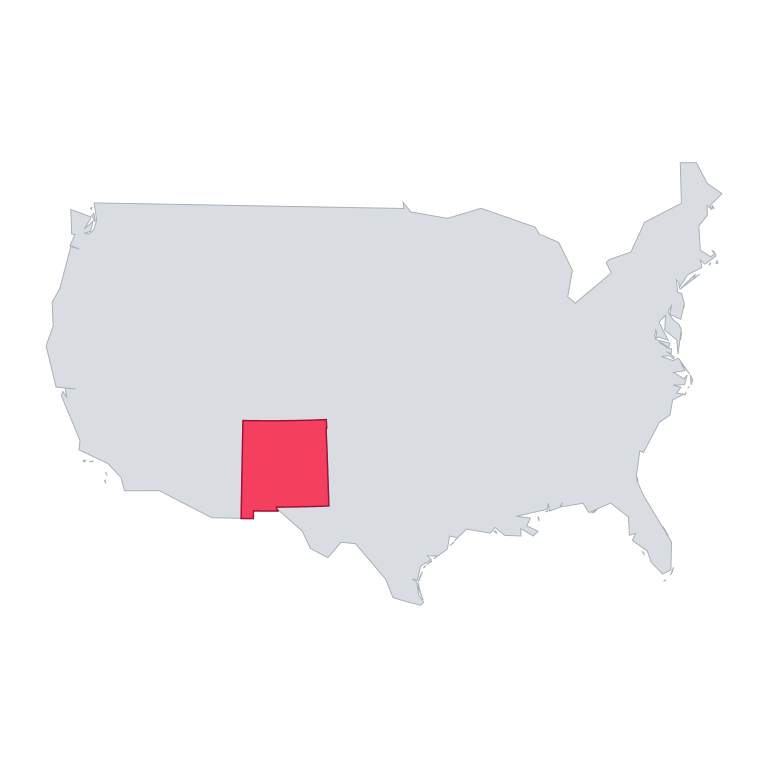 New Mexico highlighted on a map of United States of America
{"feature_id": "USA-3524", "entity_name": "New Mexico", "entity_type": "State", "adm_level": 1, "iso_a3": "USA", "parent_name": "United States of America", "parent_adm1": "", "projection": "orthographic", "projection_center": [-107.139, 34.164], "detail": "fine", "context": "in_parent", "style": "filled", "palette": "rose", "viewbox_px": 768, "rotation_deg": 0, "n_neighbors": 0, "source": "natural_earth", "source_scale": "10m", "svg_char_len": 6803}
<svg xmlns="http://www.w3.org/2000/svg" viewBox="0 0 768 768"><path d="M644.6,222.3L681.4,203.3L680.3,162.8L696.4,162.7L707.2,183.4L721.9,193.7L710.5,205.1L711.6,209.3L707.0,205.4L707.4,215.3L698.8,225.9L700.3,250.3L710.7,256.7L714.6,253.8L711.7,250.3L713.9,251.6L716.1,255.9L704.8,264.2L700.4,260.2L701.8,267.4L687.5,274.8L679.3,287.7L678.7,282.3L676.4,279.6L677.6,292.4L681.6,293.3L684.2,303.6L680.8,319.3L669.7,314.2L671.9,304.4L668.1,312.0L673.5,320.2L678.7,324.1L681.3,329.6L678.0,354.1L676.8,339.8L664.7,330.2L665.6,315.2L659.0,321.9L668.1,340.3L658.5,337.0L656.0,338.5L656.5,331.6L655.7,329.9L654.6,335.5L655.8,339.6L670.1,343.2L668.6,347.6L661.1,342.5L658.7,342.0L668.0,348.0L671.4,348.7L671.2,354.1L666.4,351.5L674.4,357.1L673.3,358.6L669.4,355.7L661.5,356.3L672.8,360.5L678.5,358.3L689.9,374.3L680.5,362.2L684.9,370.7L673.4,372.4L684.0,378.7L687.1,374.9L684.6,384.6L673.2,385.2L680.9,387.3L676.5,393.2L684.0,394.1L672.6,399.9L670.0,415.0L659.5,422.1L643.4,452.6L639.8,450.7L636.4,475.2L636.9,480.9L644.3,496.8L671.5,542.1L670.9,570.0L662.5,574.0L651.2,562.2L647.3,550.9L632.3,540.5L635.4,533.3L629.4,535.2L628.5,517.0L610.6,503.1L588.9,512.5L583.0,503.2L560.6,507.0L562.7,502.5L559.4,507.3L549.6,511.1L548.2,503.3L547.4,509.2L516.4,516.3L530.3,518.0L526.8,526.0L538.0,531.3L533.4,536.0L520.8,528.5L521.0,536.0L505.0,535.4L495.0,527.5L490.3,533.1L466.5,529.1L454.2,541.0L457.3,537.7L449.7,536.0L447.3,549.1L433.8,558.8L436.9,556.0L427.5,555.7L431.1,559.7L420.6,566.1L417.4,580.5L412.3,578.8L416.8,582.1L418.6,594.9L423.7,602.2L420.6,605.3L393.1,597.8L385.8,579.4L355.5,543.6L341.0,542.3L327.9,557.7L310.4,548.4L302.3,531.2L279.5,511.1L253.5,510.9L253.4,518.6L211.7,517.7L159.3,490.7L124.5,490.8L120.9,477.2L107.6,463.3L79.0,449.9L80.0,440.6L61.4,395.7L62.8,391.4L66.9,397.6L65.1,388.1L75.6,388.9L56.1,387.1L46.1,345.8L53.2,326.0L52.1,302.3L59.9,288.3L70.8,246.5L79.3,249.1L70.0,245.4L75.1,234.5L71.7,234.1L70.8,209.5L91.2,217.0L84.6,228.8L93.2,221.0L90.6,231.3L85.0,233.1L88.5,234.1L93.4,230.4L96.7,220.0L94.1,202.9L404.0,208.5L403.1,202.3L410.7,211.9L447.4,218.4L481.0,208.3L535.2,227.2L539.3,234.2L558.7,242.4L572.4,270.3L567.7,296.8L575.3,303.1L611.3,273.0L606.2,262.7L609.1,259.7L630.9,252.0L644.6,222.3ZM693.9,277.9L699.8,274.1L679.5,289.7L695.3,274.2L693.9,277.9ZM93.7,213.2L95.3,220.2L94.9,221.2L91.9,215.6L93.7,213.2ZM423.1,600.1L418.7,589.1L418.4,582.7L419.5,589.4L423.1,600.1ZM712.3,205.2L713.8,208.5L712.5,208.2L712.3,205.2ZM495.7,530.8L496.7,533.3L493.9,531.6L495.7,530.8ZM89.2,461.9L92.8,460.9L93.0,461.3L89.2,461.9ZM85.7,460.4L84.1,462.1L83.1,460.3L85.7,460.4ZM710.7,262.3L709.9,265.1L709.2,264.8L710.7,262.3ZM420.0,576.6L418.4,581.9L422.5,571.5L420.0,576.6ZM663.3,527.0L668.5,535.9L662.5,526.2L663.3,527.0ZM105.9,472.5L107.1,475.4L105.6,472.7L105.9,472.5ZM672.7,571.1L670.5,575.0L673.7,567.2L672.7,571.1ZM692.7,380.1L691.1,384.8L690.5,375.0L692.7,380.1ZM91.9,207.4L91.5,209.3L90.5,208.2L91.9,207.4ZM431.4,561.7L426.5,564.5L431.5,560.9L431.4,561.7ZM717.1,260.7L718.0,263.2L715.9,263.3L717.1,260.7ZM105.0,480.1L105.8,483.5L104.5,480.4L105.0,480.1ZM425.4,566.6L423.4,568.1L425.1,565.9L425.4,566.6ZM681.6,334.0L680.5,340.0L681.4,332.0L681.6,334.0ZM452.9,543.4L449.7,545.8L454.1,541.8L452.9,543.4ZM637.6,477.7L637.9,481.9L637.0,479.1L637.6,477.7ZM685.2,394.4L684.5,395.5L686.3,391.6L685.2,394.4ZM596.8,509.8L593.5,512.8L591.9,512.7L596.8,509.8ZM548.0,510.7L547.4,511.5L545.2,511.8L548.0,510.7ZM643.3,552.3L644.4,555.1L642.5,551.9L643.3,552.3ZM539.0,518.3L538.8,521.1L537.9,516.4L539.0,518.3ZM665.5,580.4L663.5,581.2L666.2,579.6L665.5,580.4ZM684.2,305.6L683.8,308.5L684.1,304.4L684.2,305.6ZM689.3,386.3L688.4,387.6L688.1,387.6L689.3,386.3Z" fill="#d9dde1" stroke="#a8b0b8" stroke-width="1"/><path d="M254.6,510.9L254.2,510.9L253.8,510.9L253.5,510.9L253.5,511.0L253.5,511.4L253.5,511.5L253.5,511.9L253.5,512.0L253.5,512.3L253.5,512.5L253.5,512.8L253.4,513.1L253.4,513.3L253.4,513.6L253.4,513.8L253.4,514.0L253.4,514.3L253.4,514.5L253.4,514.8L253.4,515.0L253.4,515.3L253.4,515.5L253.4,515.9L253.4,516.0L253.4,516.3L253.4,516.5L253.4,516.8L253.4,517.0L253.4,517.3L253.4,517.6L253.4,517.8L253.4,518.0L253.4,518.3L253.4,518.5L252.8,518.6L252.1,518.6L251.5,518.6L250.9,518.6L250.2,518.6L249.6,518.6L249.0,518.6L248.4,518.6L247.7,518.6L247.1,518.6L246.5,518.6L245.8,518.6L245.2,518.5L244.6,518.5L243.9,518.5L243.3,518.5L242.7,518.5L242.3,518.5L242.1,518.5L241.4,518.5L241.1,518.5L241.1,518.4L241.2,515.3L241.2,512.3L241.3,509.2L241.3,506.2L241.4,503.1L241.4,500.0L241.5,497.0L241.6,493.9L241.6,490.9L241.7,487.8L241.7,484.8L241.8,481.7L241.8,478.6L241.9,475.6L241.9,472.5L242.0,469.5L242.1,466.4L242.1,463.3L242.2,460.3L242.2,457.2L242.3,454.2L242.4,451.1L242.4,448.1L242.5,445.0L242.5,441.9L242.6,438.9L242.7,435.8L242.7,432.8L242.8,429.7L242.8,426.7L242.9,423.6L243.0,420.5L245.6,420.6L248.2,420.6L250.8,420.7L253.4,420.7L256.0,420.7L258.6,420.7L261.2,420.8L263.8,420.8L266.4,420.8L269.0,420.8L271.6,420.8L274.2,420.8L276.8,420.8L279.4,420.8L282.1,420.7L284.7,420.7L287.3,420.7L289.9,420.6L292.5,420.6L295.1,420.6L297.7,420.5L300.3,420.4L302.9,420.4L305.5,420.3L308.1,420.3L310.7,420.2L313.3,420.1L315.9,420.0L318.5,419.9L321.1,419.8L323.7,419.7L326.3,419.6L326.4,421.8L326.5,423.9L326.6,426.1L326.7,428.2L326.1,428.3L326.1,428.6L326.2,429.1L326.2,431.5L326.3,433.9L326.4,436.3L326.5,438.7L326.6,441.1L326.7,443.5L326.8,445.9L326.9,448.3L327.0,450.7L327.1,453.1L327.1,455.5L327.2,457.9L327.3,460.3L327.4,462.7L327.5,465.1L327.6,467.5L327.7,469.9L327.7,472.3L327.8,474.7L327.9,477.1L328.0,479.5L328.1,481.9L328.2,484.3L328.2,486.7L328.3,489.1L328.4,491.5L328.5,493.9L328.6,496.3L328.7,498.7L328.7,501.1L328.8,503.5L328.9,505.9L325.6,506.0L322.4,506.2L319.2,506.3L315.9,506.4L312.7,506.5L309.4,506.6L306.2,506.7L302.9,506.7L299.7,506.8L296.4,506.9L293.1,506.9L289.9,507.0L286.6,507.0L283.4,507.1L280.1,507.1L276.9,507.1L276.5,507.1L276.3,507.1L276.3,507.4L276.6,508.0L276.7,508.4L276.7,508.8L276.8,509.1L277.2,509.6L277.2,509.9L277.3,510.1L277.5,510.2L277.9,510.3L278.6,511.1L278.4,511.0L277.8,511.0L277.4,511.0L277.0,511.0L276.7,511.0L276.3,511.0L275.9,511.0L275.5,511.0L275.1,511.0L274.8,511.0L274.4,511.0L274.0,511.0L273.6,511.0L273.2,511.0L272.9,511.0L272.5,511.0L272.1,511.0L271.7,511.0L271.3,511.0L270.9,511.0L270.6,511.0L270.2,511.0L269.8,511.0L269.4,511.0L269.0,511.0L268.7,511.0L268.3,511.0L267.9,511.0L267.5,511.0L267.1,511.0L266.8,511.0L266.4,511.0L266.0,511.0L265.6,511.0L265.2,511.0L264.9,511.0L264.5,511.0L264.1,511.0L263.7,511.0L263.3,511.0L263.0,511.0L262.6,511.0L262.2,511.0L261.8,511.0L261.4,511.0L261.1,511.0L260.7,511.0L260.3,511.0L259.9,511.0L259.5,511.0L259.2,510.9L258.8,510.9L258.4,510.9L258.0,510.9L257.6,510.9L257.3,510.9L256.9,510.9L256.5,510.9L256.1,510.9L255.7,510.9L255.4,510.9L255.0,510.9L254.6,510.9Z" fill="#f43f5e" stroke="#9f1239" stroke-width="1.5"/></svg>